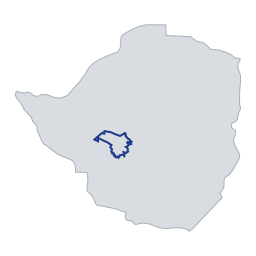 Bubi, Matabeleland North, Zimbabwe (highlighted)
{"feature_id": "62879985B291328644758", "entity_name": "Bubi", "entity_type": "district", "adm_level": 2, "iso_a3": "ZWE", "parent_name": "Zimbabwe", "parent_adm1": "Matabeleland North", "projection": "orthographic", "projection_center": [28.902, -19.567], "detail": "fine", "context": "in_parent", "style": "outline", "palette": "blue", "viewbox_px": 256, "rotation_deg": 0, "n_neighbors": 0, "source": "geoboundaries", "source_scale": "gbopen_adm2", "svg_char_len": 4400}
<svg xmlns="http://www.w3.org/2000/svg" viewBox="0 0 256 256"><path d="M189.3,231.2L186.8,229.4L183.3,228.3L178.9,227.7L173.1,227.8L166.0,228.7L158.4,227.5L150.3,224.2L143.5,223.0L135.5,224.4L135.1,224.4L133.7,223.3L131.5,220.9L127.8,220.5L126.8,219.9L126.0,219.0L125.5,217.9L125.3,216.7L125.9,212.7L125.5,212.3L124.6,211.8L122.5,211.4L117.7,209.6L111.6,207.9L101.6,206.0L97.7,205.5L96.8,205.0L95.7,203.5L93.8,199.0L92.0,196.1L87.7,191.5L87.0,190.1L87.1,186.4L87.4,183.5L87.9,181.0L87.7,178.7L87.6,175.8L87.7,173.8L87.1,173.0L85.5,172.4L81.1,172.2L75.7,172.3L75.5,169.4L75.0,164.8L73.9,162.2L72.7,160.8L70.2,159.4L65.1,157.5L58.3,154.6L52.4,150.3L45.6,145.0L43.5,144.0L40.9,138.9L37.0,130.2L37.2,127.3L36.6,125.9L32.9,121.6L32.0,119.4L31.3,117.1L25.3,110.9L23.3,108.2L21.7,104.7L20.1,101.9L18.8,100.8L17.1,98.9L15.9,96.7L15.4,95.1L15.8,92.9L16.3,91.3L21.9,92.8L25.0,92.9L27.4,92.0L30.3,93.0L33.9,95.8L37.8,96.3L41.9,94.5L47.5,94.9L54.6,97.6L60.5,98.1L67.5,95.5L73.6,88.4L79.5,81.8L85.2,74.1L88.6,68.0L93.7,62.9L100.5,59.0L107.4,55.8L117.9,51.8L120.0,48.5L120.7,44.9L120.7,39.9L121.3,36.7L122.4,35.2L124.1,34.0L126.4,32.5L133.4,28.8L139.2,26.4L146.3,24.8L154.1,24.8L161.7,24.9L165.9,24.9L165.9,29.7L166.2,35.1L167.1,35.6L172.7,35.8L181.7,36.3L190.5,36.7L196.0,40.7L197.8,41.6L203.6,42.7L210.9,49.4L219.7,50.2L225.8,52.3L231.1,54.7L234.2,57.4L236.1,58.1L238.8,58.4L240.1,58.6L239.8,60.6L238.0,63.8L238.1,68.5L240.4,75.1L240.6,80.8L239.7,90.7L239.5,100.4L239.7,103.9L240.0,106.2L240.5,107.4L240.4,108.9L238.8,112.9L237.6,117.1L237.5,118.9L237.0,120.1L236.1,121.1L232.2,123.0L231.6,124.2L231.5,126.4L232.0,128.3L233.4,129.0L235.1,130.1L235.7,131.5L235.7,133.0L235.1,135.7L233.5,140.1L234.9,145.3L236.5,148.7L238.8,152.6L239.7,155.1L239.6,156.8L239.2,158.4L235.5,165.4L232.9,169.8L229.7,174.4L225.5,177.3L224.5,178.7L224.0,180.3L224.1,183.8L223.8,187.5L220.2,193.2L222.2,198.1L221.7,198.5L220.5,199.2L215.4,204.6L210.3,210.1L206.5,214.1L202.2,218.6L197.4,223.8L193.3,228.1L189.3,231.2Z" fill="#d9dde1" stroke="#a8b0b8" stroke-width="1"/><path d="M108.6,131.8L105.9,131.4L104.5,131.1L104.3,132.4L104.3,133.3L104.3,133.7L103.5,133.6L103.5,133.3L103.5,133.2L102.2,132.8L100.4,134.3L100.1,134.6L99.9,134.8L98.7,135.8L98.0,136.4L97.1,137.1L96.0,138.1L94.4,139.5L95.1,139.9L96.0,140.3L97.5,141.0L98.0,141.3L98.1,138.5L98.2,138.0L99.5,138.6L100.2,139.0L101.8,139.7L102.1,139.9L102.8,140.3L103.3,140.5L104.4,141.0L105.1,141.3L105.6,141.6L106.6,142.0L107.6,142.5L108.3,142.9L109.0,143.4L110.4,144.4L111.5,145.0L111.1,145.7L110.5,146.7L110.3,147.0L110.3,147.3L110.4,147.5L110.5,147.7L111.6,148.8L112.0,149.1L111.3,151.5L111.9,152.4L112.4,152.4L112.5,152.9L112.8,152.9L113.0,153.1L112.9,153.2L113.0,153.2L113.2,153.5L113.3,153.5L113.2,153.7L113.3,153.9L113.6,153.8L113.7,154.0L113.7,154.4L113.9,154.4L113.9,154.5L114.0,154.5L113.8,154.6L113.7,154.7L113.7,154.8L114.0,154.8L114.1,155.1L114.1,155.3L114.4,155.2L114.6,155.2L114.6,155.3L114.5,155.5L114.4,155.5L114.7,155.9L114.8,155.9L115.0,156.4L115.4,156.1L116.3,157.5L116.8,157.3L116.9,157.1L117.1,156.9L117.5,156.8L117.5,156.7L117.8,156.7L118.2,157.1L118.5,157.5L118.8,156.7L119.5,156.5L119.7,155.3L121.2,154.9L123.5,154.5L124.3,156.2L124.5,156.0L124.5,155.9L124.4,155.0L123.9,153.4L123.6,152.1L124.8,152.5L126.1,153.0L126.9,152.3L127.7,151.8L127.3,151.6L127.8,150.6L127.8,148.6L126.1,147.0L126.8,147.0L128.2,145.3L130.5,144.2L128.5,143.3L127.6,143.3L127.3,142.8L127.2,142.5L127.5,142.4L127.7,142.2L127.8,142.0L129.8,142.2L131.1,143.2L131.6,141.7L131.4,141.6L131.2,141.6L131.1,141.4L130.9,141.2L130.7,141.1L130.5,140.9L130.4,140.8L130.4,140.7L130.2,140.5L130.2,140.4L129.9,140.2L129.7,140.0L129.6,139.9L129.5,139.7L129.4,139.6L129.4,139.4L129.3,139.2L129.2,139.2L128.9,139.0L128.7,138.9L128.4,138.9L128.2,138.8L128.1,138.7L127.9,138.5L127.7,138.5L127.5,138.4L127.4,138.2L127.3,137.9L127.2,137.8L127.0,137.7L126.9,137.6L126.9,137.4L126.7,137.2L126.5,136.9L126.4,136.8L126.4,136.7L126.2,136.5L125.9,136.5L125.8,136.4L125.8,136.2L125.7,136.0L125.5,135.9L125.4,135.7L125.5,135.4L125.4,135.3L125.4,135.2L125.4,134.9L125.6,134.6L125.8,134.5L125.8,134.4L125.7,134.2L125.5,133.8L125.4,133.8L125.3,133.7L125.3,133.4L124.9,133.0L123.7,133.8L122.9,134.2L122.4,134.6L122.1,134.8L120.1,136.0L119.2,135.7L117.7,135.1L116.4,134.6L115.3,134.2L114.7,133.9L113.8,133.6L112.5,132.9L111.7,132.6L111.1,132.3L110.4,132.2L108.6,131.8Z" fill="none" stroke="#1e3a8a" stroke-width="2"/></svg>